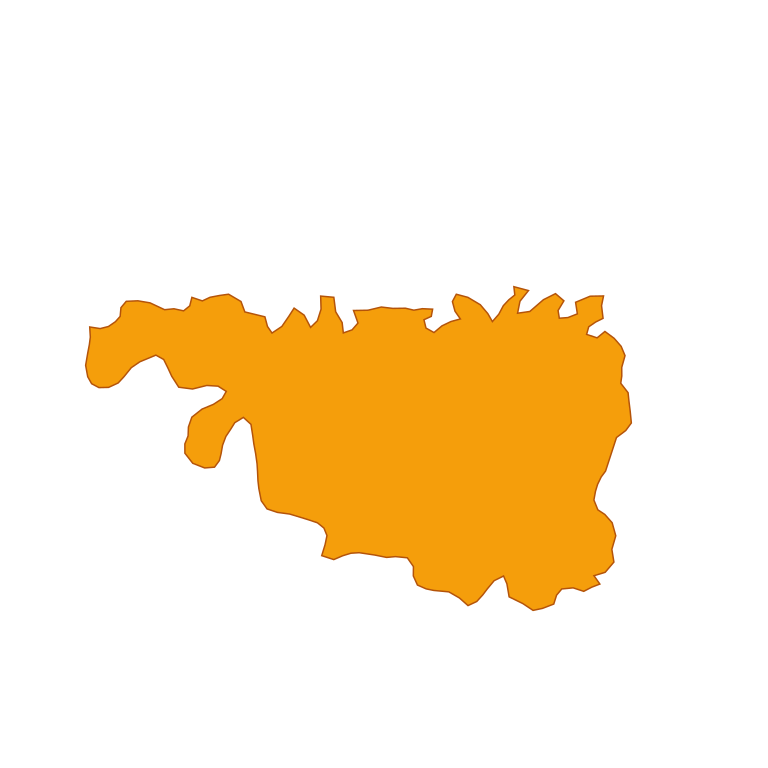 Protásio Alves, Rio Grande do Sul, Brazil (orthographic projection), rotated 118°
{"feature_id": "56859067B21055614470548", "entity_name": "Protásio Alves", "entity_type": "district", "adm_level": 2, "iso_a3": "BRA", "parent_name": "Brazil", "parent_adm1": "Rio Grande do Sul", "projection": "orthographic", "projection_center": [-51.489, -28.753], "detail": "fine", "context": "isolated", "style": "filled", "palette": "amber", "viewbox_px": 768, "rotation_deg": 118, "n_neighbors": 0, "source": "geoboundaries", "source_scale": "gbopen_adm2", "svg_char_len": 2581}
<svg xmlns="http://www.w3.org/2000/svg" viewBox="0 0 768 768"><g transform="rotate(118 384 384)"><path d="M233.9,213.6L243.2,217.5L245.1,228.4L237.4,230.1L229.9,226.2L223.2,221.4L212.7,228.7L203.2,231.5L209.7,243.2L221.9,253.2L231.3,246.2L239.0,252.8L243.6,260.1L237.4,264.8L226.1,264.2L223.7,275.0L234.7,282.8L251.5,289.3L258.8,299.3L247.1,302.8L233.7,300.3L237.1,315.0L244.0,310.3L251.0,313.3L258.8,315.4L268.5,315.4L278.0,317.6L273.1,325.4L268.8,336.2L268.1,350.6L270.8,362.3L279.1,362.3L286.4,355.5L290.7,347.1L297.4,354.2L305.4,360.1L315.1,364.0L314.9,373.2L308.5,378.9L302.1,374.0L295.1,376.2L299.5,385.5L304.8,392.3L307.0,400.6L313.1,411.7L317.3,422.5L326.4,432.8L333.4,445.4L342.4,435.6L351.2,437.6L358.0,443.9L349.4,449.8L342.9,460.6L331.0,469.0L336.1,481.2L347.5,474.7L359.4,472.5L368.5,475.4L360.7,486.8L359.2,499.0L368.9,499.8L381.1,501.2L391.6,506.8L387.9,513.9L380.6,520.7L385.7,540.7L378.3,549.0L377.7,563.4L383.0,570.7L389.1,578.3L395.9,583.4L397.7,594.3L406.2,592.2L413.5,595.3L416.2,604.8L421.4,612.6L422.2,628.7L426.1,640.4L432.0,650.4L440.1,652.1L448.2,648.7L455.1,650.4L462.6,654.3L468.3,660.6L471.8,670.6L480.5,665.3L487.7,662.6L495.8,660.1L507.6,656.2L516.7,649.0L521.0,642.3L521.0,634.0L516.3,625.6L507.9,619.2L499.6,617.0L488.2,614.8L479.0,610.0L465.6,599.0L465.8,590.0L471.4,582.2L476.8,575.1L483.2,563.7L478.3,550.7L468.5,539.8L463.8,529.5L464.6,519.8L472.9,520.0L482.1,525.1L491.6,532.9L503.5,538.1L513.8,536.5L521.8,532.6L530.4,531.7L538.6,527.3L543.8,515.6L542.3,502.9L537.0,494.6L528.9,493.4L522.1,495.1L513.8,497.8L504.6,499.0L495.5,498.1L488.2,497.6L479.5,492.5L482.1,482.5L490.9,475.9L498.0,470.8L505.8,464.6L514.1,458.6L520.6,454.6L528.7,449.8L535.1,445.4L544.7,437.6L549.2,428.6L547.4,417.8L543.1,406.2L539.4,387.2L537.8,377.6L539.4,369.4L544.6,363.2L553.5,360.6L564.8,358.4L562.6,345.9L555.0,339.8L548.9,333.7L544.6,326.7L539.4,312.0L535.9,300.3L531.0,292.8L526.5,281.8L531.4,272.3L539.7,268.0L545.8,260.1L545.1,250.6L542.9,243.1L537.1,229.2L537.5,217.0L540.2,205.8L532.5,200.0L523.9,197.8L516.4,196.6L505.9,194.4L497.4,188.3L502.7,181.7L513.2,173.6L512.7,158.3L513.9,146.1L507.7,138.7L498.6,130.8L489.4,132.5L481.5,130.8L475.2,121.3L473.3,110.3L465.9,105.2L459.3,99.5L454.7,108.6L446.4,100.3L433.3,97.4L423.0,105.2L409.2,108.1L399.4,117.4L395.5,127.8L394.7,136.1L387.9,144.2L379.4,146.9L372.3,148.3L364.1,148.6L356.9,147.5L322.1,153.6L311.6,148.7L302.3,147.3L292.8,153.6L284.1,159.7L277.1,164.4L272.2,175.3L265.3,177.8L257.7,181.9L245.8,184.5L239.4,192.3L235.6,202.3L233.9,213.6Z" fill="#f59e0b" stroke="#b45309" stroke-width="1.5"/></g></svg>